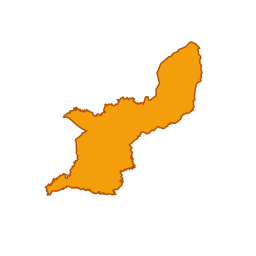 José Pedro Varela, Lavalleja, Uruguay (Natural Earth projection), rotated 145°
{"feature_id": "84410073B20043717754830", "entity_name": "José Pedro Varela", "entity_type": "district", "adm_level": 2, "iso_a3": "URY", "parent_name": "Uruguay", "parent_adm1": "Lavalleja", "projection": "natural_earth1", "projection_center": [-54.355, -33.484], "detail": "fine", "context": "isolated", "style": "filled", "palette": "amber", "viewbox_px": 256, "rotation_deg": 145, "n_neighbors": 0, "source": "geoboundaries", "source_scale": "gbopen_adm2", "svg_char_len": 5955}
<svg xmlns="http://www.w3.org/2000/svg" viewBox="0 0 256 256"><g transform="rotate(145 128 128)"><path d="M120.2,116.8L118.0,116.2L117.0,115.0L116.6,113.5L115.9,113.1L115.9,112.4L114.9,112.2L114.1,111.7L113.0,111.8L112.2,112.4L110.8,112.2L110.0,112.6L108.8,111.9L108.4,110.9L105.6,111.8L105.0,111.6L102.9,112.0L102.4,111.9L101.9,111.4L102.1,110.4L100.4,109.2L100.5,108.5L100.3,108.1L99.6,107.9L99.4,107.3L98.2,106.8L96.4,107.3L94.4,106.7L92.9,108.0L91.6,107.3L90.8,108.1L90.3,107.7L90.3,107.1L90.0,106.6L88.6,106.9L87.9,105.6L87.4,105.2L84.6,104.6L79.9,105.1L78.0,106.1L77.9,106.8L74.7,107.4L74.0,107.3L73.1,106.6L71.9,106.9L71.1,105.9L69.4,105.5L66.2,105.5L65.3,106.1L64.9,105.3L64.2,105.5L62.8,107.4L61.7,107.6L60.7,110.1L59.3,111.7L59.5,112.7L57.0,112.8L55.4,115.8L51.4,120.5L47.6,124.0L45.2,125.1L43.0,125.1L42.0,124.6L40.9,125.1L40.6,126.8L38.3,128.0L37.4,130.0L35.8,130.7L34.1,135.3L32.1,137.2L32.0,139.7L29.8,143.0L28.4,143.3L27.4,145.1L27.9,147.8L26.0,151.3L25.3,152.5L24.8,152.8L23.7,152.3L23.6,153.4L24.5,158.5L26.9,162.3L29.0,162.6L34.0,161.4L41.6,163.1L43.0,162.2L49.0,163.2L50.5,162.3L51.7,162.2L52.7,162.4L53.5,163.0L64.4,161.8L72.7,156.3L76.6,146.4L82.8,143.6L86.3,138.4L93.9,138.1L94.8,138.7L95.0,139.5L93.7,141.9L95.2,143.2L96.0,143.2L101.2,139.1L102.1,139.0L102.1,140.7L102.9,141.4L103.8,141.5L105.0,141.1L105.7,142.9L106.7,142.5L107.2,143.6L107.3,145.4L108.4,146.7L108.4,147.2L106.4,147.8L106.2,148.4L106.7,148.9L106.9,150.2L108.1,150.1L109.8,151.6L110.8,150.7L111.5,151.4L111.6,152.0L111.3,152.6L111.5,153.5L113.4,153.3L114.3,153.4L114.8,153.9L114.1,155.2L114.1,155.8L115.1,156.4L117.1,156.4L118.2,155.7L120.4,157.1L120.5,155.9L120.1,154.8L121.7,154.5L122.6,153.3L123.0,153.2L124.4,154.7L126.2,154.1L126.7,154.3L127.9,155.8L127.4,156.6L127.5,157.1L128.3,157.0L130.2,158.6L131.8,158.3L132.7,160.3L133.2,160.5L133.5,160.3L133.7,159.3L136.6,157.5L138.0,155.9L138.2,155.4L137.7,154.7L137.5,154.1L137.7,153.9L139.2,155.0L142.1,155.0L142.0,153.7L142.6,153.6L144.4,155.3L144.1,156.0L144.4,156.9L146.6,156.8L147.1,155.9L148.1,156.2L148.4,157.6L149.2,158.8L148.2,160.7L148.6,161.6L150.1,163.0L150.1,164.4L151.1,164.8L151.2,166.4L151.4,166.8L151.8,166.7L152.5,166.1L153.3,167.5L153.6,167.4L154.0,166.3L154.8,166.3L155.2,167.3L154.8,168.1L154.8,168.6L157.0,168.5L157.5,169.4L156.4,170.3L156.5,170.8L157.7,171.3L158.3,172.9L158.4,174.4L158.7,174.7L159.4,174.6L159.7,173.7L159.7,172.5L160.0,172.3L160.5,172.7L160.8,173.4L160.7,175.0L161.0,175.2L162.2,173.7L162.9,173.6L163.8,174.3L164.3,174.2L164.7,174.8L166.1,175.0L166.7,174.7L166.7,173.8L167.0,173.5L169.0,174.8L170.8,174.5L172.8,174.8L174.5,173.9L172.2,172.1L170.7,170.3L168.1,159.6L166.3,154.3L163.6,149.3L166.8,149.6L168.0,150.1L170.6,148.9L177.9,148.6L179.1,145.2L181.8,141.2L182.1,140.5L182.5,140.1L182.7,139.0L183.3,138.8L184.6,137.5L185.2,133.5L186.6,133.0L186.9,131.2L188.3,130.7L189.6,131.3L190.1,130.9L190.2,130.2L190.8,130.1L191.8,131.0L192.2,130.7L192.4,129.3L192.8,128.6L194.5,127.8L195.6,128.6L196.6,127.2L197.6,127.4L198.5,126.5L199.5,126.7L199.8,126.4L200.1,124.7L200.9,124.4L201.3,123.8L202.1,123.7L202.1,122.4L203.6,122.3L204.1,123.7L205.4,123.0L205.7,122.3L206.4,121.8L207.2,122.3L207.6,123.1L207.4,124.0L205.5,125.3L206.9,126.4L206.5,127.4L207.0,127.7L209.0,127.0L210.0,127.3L210.4,128.1L210.8,128.2L212.2,127.3L213.6,127.8L214.4,127.4L215.5,127.7L215.8,126.8L216.8,127.7L217.5,127.9L217.4,128.7L218.3,128.9L218.7,128.7L218.6,127.2L218.9,126.6L219.9,127.8L221.0,127.4L221.6,126.3L223.0,126.7L223.9,126.5L223.4,125.6L224.1,125.2L224.8,125.6L224.5,126.5L225.4,126.7L225.5,127.5L226.4,126.8L227.3,126.9L228.4,126.5L229.0,127.0L229.4,126.9L229.6,126.6L229.3,126.2L229.6,124.7L229.9,124.4L229.6,123.6L230.8,123.1L230.8,122.1L230.4,121.8L230.8,120.5L232.2,120.0L232.4,119.2L231.8,118.9L230.8,119.2L230.5,118.3L230.1,118.0L228.7,118.6L228.5,119.1L225.5,119.6L225.1,119.5L224.0,118.1L221.8,116.9L217.4,116.0L216.4,115.1L215.7,115.0L215.9,115.4L215.7,115.6L215.3,115.4L214.3,115.7L212.8,114.6L211.7,115.4L211.6,114.9L210.3,114.5L209.3,113.1L208.1,110.8L207.5,110.4L206.3,110.4L205.9,109.9L205.9,109.0L204.1,109.0L204.0,108.6L204.1,108.2L203.4,107.6L203.4,107.3L202.7,107.4L202.2,105.0L201.8,104.6L199.9,103.7L199.1,103.8L199.3,102.8L198.9,102.5L198.6,101.2L197.0,100.5L196.1,100.9L195.8,99.4L195.0,99.7L195.2,99.0L194.7,99.0L194.6,98.4L194.9,97.2L194.3,96.8L194.3,96.0L193.6,95.3L193.7,94.5L193.0,93.8L192.3,93.6L192.2,92.8L190.5,92.2L189.9,92.4L189.5,92.0L188.9,92.7L188.2,92.4L187.7,91.9L187.8,91.4L188.8,91.1L189.0,90.3L188.2,89.9L187.7,89.2L187.1,89.1L187.0,89.4L185.7,89.1L185.2,88.5L185.7,87.8L184.8,87.5L184.6,86.6L183.6,86.2L183.0,85.3L182.3,85.5L181.3,85.1L180.2,84.0L179.3,82.4L177.8,81.8L176.2,80.8L176.1,81.3L176.8,82.8L176.2,83.0L175.7,82.7L175.5,83.0L175.7,83.5L176.3,83.7L176.1,85.4L175.3,85.0L174.1,85.4L173.1,84.2L170.9,83.7L168.6,84.7L167.2,84.5L164.9,85.4L164.5,86.1L162.8,86.9L162.8,87.5L164.5,87.9L165.1,88.7L164.2,89.4L162.0,88.9L161.5,89.1L161.1,90.6L161.6,92.2L160.0,92.7L160.0,94.3L159.6,95.3L160.0,95.8L159.5,95.9L158.9,96.9L158.3,96.8L158.1,96.1L156.8,95.4L155.9,95.9L155.5,95.3L154.1,95.7L153.7,94.6L153.4,94.7L153.4,95.3L153.1,95.3L152.4,94.7L150.5,94.6L150.1,94.2L150.6,93.8L150.6,93.4L149.2,94.0L149.0,93.4L148.5,93.5L148.2,92.7L147.8,93.3L147.4,93.4L147.5,92.1L146.4,92.7L145.7,92.0L144.9,91.8L144.9,92.1L145.4,92.3L144.9,93.1L145.5,93.7L144.1,93.4L144.4,93.9L144.1,94.4L144.0,95.4L144.4,95.8L143.9,96.2L143.9,97.0L143.4,97.6L143.9,97.9L143.8,98.2L142.5,99.0L143.0,99.3L142.9,99.7L142.4,99.6L142.2,100.0L142.5,100.5L142.0,100.5L142.9,101.3L142.5,101.8L141.7,101.7L141.7,102.2L142.2,102.6L142.0,103.2L141.4,103.2L141.2,102.8L140.8,102.8L140.6,104.1L139.2,104.8L138.9,105.0L138.8,105.7L138.3,105.8L138.8,108.7L136.4,109.3L136.7,109.7L136.2,111.2L136.5,112.4L136.3,113.5L133.4,113.5L128.9,114.3L126.6,113.8L125.3,114.3L125.0,115.5L124.6,115.5L123.0,114.6L122.8,115.2L121.3,115.6L120.2,116.8Z" fill="#f59e0b" stroke="#b45309" stroke-width="1.5"/></g></svg>